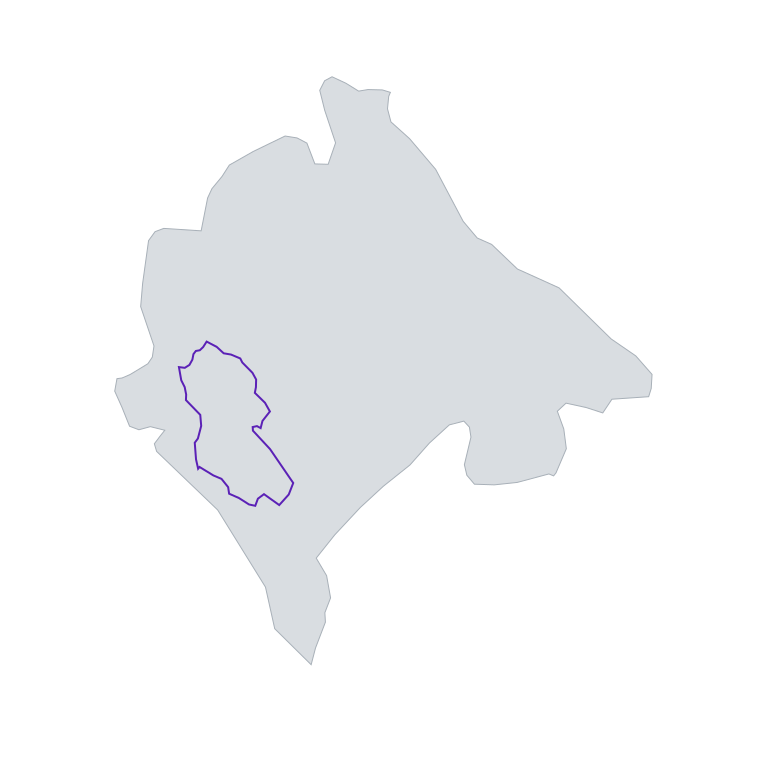 where Cetinje sits in Montenegro, rotated 12°
{"feature_id": "MNE-1500", "entity_name": "Cetinje", "entity_type": "Municipality", "adm_level": 1, "iso_a3": "MNE", "parent_name": "Montenegro", "parent_adm1": "", "projection": "natural_earth1", "projection_center": [18.874, 42.501], "detail": "coarse", "context": "in_parent", "style": "outline", "palette": "violet", "viewbox_px": 768, "rotation_deg": 12, "n_neighbors": 0, "source": "natural_earth", "source_scale": "10m", "svg_char_len": 1924}
<svg xmlns="http://www.w3.org/2000/svg" viewBox="0 0 768 768"><g transform="rotate(12 384 384)"><path d="M329.6,97.4L328.8,101.7L330.2,114.1L336.3,126.2L358.0,138.7L389.9,163.3L427.6,208.4L444.8,221.8L460.3,225.1L490.6,243.8L511.7,248.4L535.3,253.6L596.8,292.7L624.5,304.2L644.2,318.9L646.3,332.8L645.5,341.4L610.1,351.5L604.0,366.8L586.8,365.0L566.0,364.9L559.2,374.6L569.2,390.6L575.8,409.4L570.7,435.2L569.0,438.6L564.0,437.7L534.7,452.6L512.9,459.7L493.3,463.2L484.0,456.0L479.4,446.2L480.1,417.9L476.5,408.4L469.8,403.7L456.4,410.4L440.7,432.3L426.3,457.7L404.5,484.3L386.5,509.7L367.2,541.8L353.9,568.4L367.7,583.4L376.2,604.3L373.7,620.0L376.2,629.1L371.9,656.4L371.1,673.7L328.0,646.1L310.3,607.3L247.5,541.8L175.6,497.2L171.8,490.2L175.8,481.6L179.2,474.8L164.3,474.3L153.8,479.7L143.9,478.2L132.7,461.5L122.1,447.0L121.7,434.3L126.5,432.6L133.7,427.5L148.8,413.3L151.8,405.9L151.1,394.6L129.9,358.9L127.0,335.8L123.9,292.7L128.4,282.6L136.2,277.6L173.3,272.2L172.8,238.7L175.1,228.7L182.4,214.7L187.2,202.0L207.8,183.7L235.7,162.0L247.8,161.4L258.5,164.4L270.6,183.1L283.7,180.7L286.5,158.2L269.2,128.8L260.1,110.1L262.9,99.7L269.3,94.3L284.1,97.7L298.3,102.8L307.2,99.3L321.3,96.7L329.6,97.4Z" fill="#d9dde1" stroke="#a8b0b8" stroke-width="1"/><path d="M201.7,379.4L212.7,382.5L220.8,387.3L228.2,387.0L238.1,388.9L240.9,392.4L253.0,400.4L258.0,406.2L259.4,413.8L259.5,419.5L271.5,427.1L278.1,434.6L272.8,445.4L272.5,452.8L268.5,451.6L264.5,453.4L265.5,456.9L286.1,471.4L315.8,499.7L313.8,511.9L306.7,524.2L289.5,516.7L284.5,522.4L283.4,529.9L277.0,529.9L265.8,525.7L255.3,523.5L253.0,517.3L244.8,510.6L236.1,508.9L220.8,503.5L219.8,505.5L215.8,496.8L211.1,480.8L213.3,476.0L213.9,463.0L210.7,452.4L193.6,440.9L192.7,435.5L189.7,428.5L184.9,422.5L179.9,410.1L185.8,409.6L189.7,405.8L191.5,400.0L191.4,394.4L193.1,390.8L196.8,389.3L199.4,385.5L201.7,379.4Z" fill="none" stroke="#5b21b6" stroke-width="2"/></g></svg>